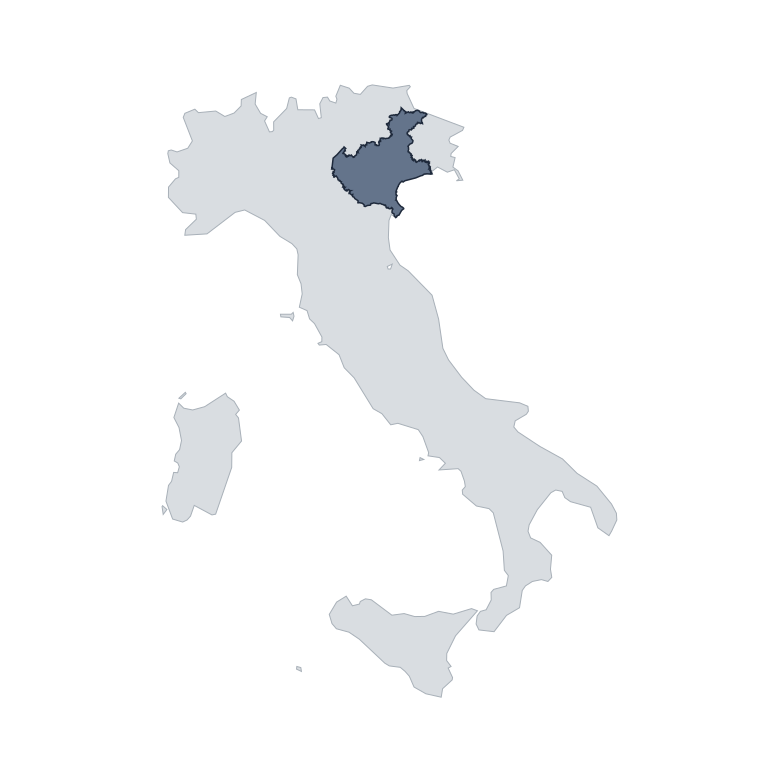 location of Veneto, Treviso, Italy, rotated 10°
{"feature_id": "23120603B96721879872173", "entity_name": "Veneto", "entity_type": "district", "adm_level": 2, "iso_a3": "ITA", "parent_name": "Italy", "parent_adm1": "Treviso", "projection": "orthographic", "projection_center": [12.018, 45.736], "detail": "fine", "context": "in_parent", "style": "filled", "palette": "slate", "viewbox_px": 768, "rotation_deg": 10, "n_neighbors": 0, "source": "geoboundaries", "source_scale": "gbopen_adm2", "svg_char_len": 9831}
<svg xmlns="http://www.w3.org/2000/svg" viewBox="0 0 768 768"><g transform="rotate(10 384 384)"><path d="M150.0,146.2L154.1,149.0L170.9,144.4L180.8,148.2L189.3,143.2L195.0,135.0L194.1,128.6L207.6,119.1L208.5,130.7L215.5,138.9L222.6,141.1L220.7,145.7L227.4,155.6L230.3,154.8L231.3,153.1L229.8,145.0L240.3,129.6L241.1,118.7L242.9,117.6L247.8,118.5L251.5,128.9L268.0,126.1L273.4,134.0L276.0,132.6L272.1,119.2L274.2,112.5L278.5,111.3L281.5,114.7L287.8,115.7L288.2,111.7L286.6,109.0L289.1,97.4L298.4,98.7L303.9,102.9L310.4,102.9L316.1,93.7L320.5,91.5L341.5,91.0L357.0,85.5L358.3,86.7L355.5,91.1L356.4,94.0L365.7,107.4L418.1,117.3L417.3,120.6L406.3,129.3L405.5,132.5L407.3,135.4L415.8,137.2L410.1,145.3L410.2,148.3L414.7,148.7L414.2,158.4L419.9,161.2L426.2,169.6L420.0,171.3L422.5,168.9L416.1,160.8L409.6,164.4L399.0,161.0L392.0,168.9L367.9,178.9L372.0,174.4L370.2,174.4L361.4,180.2L359.5,192.1L366.4,203.7L371.7,207.8L369.3,215.0L366.1,217.7L361.7,215.8L360.5,222.1L362.9,239.1L366.7,251.0L379.1,264.2L388.1,268.3L415.9,288.2L426.5,310.6L435.8,338.7L443.4,349.1L459.2,363.8L473.5,374.4L486.7,380.8L520.9,379.0L529.6,381.0L530.9,385.7L529.5,389.0L519.6,397.5L519.3,403.8L524.3,408.0L548.3,418.4L572.8,426.8L589.7,438.5L611.4,447.6L628.9,462.7L635.3,470.9L636.9,477.5L633.7,489.4L631.9,494.3L619.6,488.5L608.9,469.5L588.1,467.5L581.8,464.5L578.1,458.8L571.5,458.6L567.2,462.1L556.8,481.2L551.4,497.5L551.4,504.0L555.1,510.1L565.3,512.9L578.9,523.5L580.1,537.5L582.8,545.3L579.7,550.0L573.0,549.3L564.4,552.7L558.4,558.2L556.0,563.3L556.3,580.8L544.8,590.6L535.4,608.8L520.2,609.7L516.4,604.4L516.0,596.3L518.4,591.2L523.8,588.6L527.1,578.1L525.6,570.7L527.7,567.2L539.6,561.6L539.7,551.1L534.9,546.6L530.3,527.8L514.0,491.9L509.1,488.5L496.2,488.1L480.6,478.9L479.5,474.9L481.9,470.9L480.1,465.7L475.0,456.6L471.7,454.5L453.1,459.1L458.2,451.4L451.4,446.8L439.8,447.1L439.9,443.8L431.4,429.0L425.7,423.0L404.5,420.3L397.7,423.0L387.1,413.6L377.6,410.2L353.5,383.1L342.0,374.9L334.7,363.0L320.2,355.1L313.5,356.9L311.9,355.4L315.4,353.1L314.7,348.5L305.1,336.6L299.4,332.8L295.5,325.1L287.3,323.1L287.8,309.5L284.9,299.7L279.7,291.4L277.0,271.7L274.7,266.1L269.0,261.8L255.9,256.7L238.0,243.6L216.6,236.8L207.6,240.8L183.6,266.9L162.0,272.1L161.8,266.4L170.6,254.3L169.2,249.4L155.9,250.2L139.3,237.7L137.6,227.5L143.0,218.2L146.0,216.1L144.9,209.6L134.8,203.5L131.1,194.7L131.1,191.8L133.8,190.5L139.9,191.4L149.8,185.9L153.1,177.9L140.0,156.3L140.9,152.0L150.0,146.2ZM370.5,269.6L371.3,264.5L366.8,267.7L368.1,270.1L370.5,269.6ZM515.4,591.1L498.2,619.5L492.6,638.5L493.7,645.5L499.1,650.5L496.5,652.6L502.5,661.2L502.5,663.6L494.6,673.9L494.7,682.5L479.0,681.8L466.2,677.2L459.7,667.4L454.6,663.3L449.2,660.2L438.2,660.7L433.3,658.8L404.0,639.6L392.6,634.5L379.6,633.3L374.4,629.0L370.1,620.4L375.2,607.0L383.6,599.5L391.4,607.9L398.0,605.0L398.4,602.3L403.0,598.8L409.0,598.7L431.9,610.3L443.7,606.6L454.6,607.7L464.5,605.8L477.2,598.4L492.2,598.6L509.2,590.0L515.4,591.1ZM246.6,442.7L253.6,464.9L246.1,478.1L248.5,492.6L240.8,541.4L237.3,542.8L218.2,536.5L216.4,547.7L213.7,552.1L209.7,554.9L199.3,553.7L189.6,537.2L189.4,521.3L191.7,516.7L192.2,507.6L196.2,507.2L196.8,501.0L194.6,497.6L190.8,496.2L191.1,489.3L194.1,484.1L194.4,474.8L189.7,462.5L182.9,453.5L185.1,438.5L191.0,442.6L200.1,442.8L211.3,437.5L229.6,420.5L231.9,423.7L239.3,427.0L246.1,434.8L243.2,439.7L246.6,442.7ZM282.1,329.3L283.6,332.9L283.0,337.7L279.5,334.9L270.8,335.8L269.9,333.3L280.6,331.4L282.1,329.3ZM192.0,545.3L189.2,550.8L186.7,543.2L187.1,542.3L192.0,545.3ZM190.8,427.9L186.5,433.9L184.5,433.6L189.8,426.7L190.8,427.9ZM352.6,681.4L347.4,680.0L347.2,677.3L351.3,677.7L352.6,681.4ZM436.3,451.4L432.2,453.3L432.3,450.2L436.3,451.4Z" fill="#d9dde1" stroke="#a8b0b8" stroke-width="1"/><path d="M326.8,208.3L326.7,209.6L326.9,210.1L328.5,209.7L331.3,209.8L333.3,211.0L333.6,212.3L334.6,212.5L336.8,211.0L339.4,210.3L339.8,209.8L339.6,209.0L339.9,208.5L341.4,208.1L342.4,207.4L347.2,207.5L348.8,206.8L350.9,207.4L352.2,207.4L352.8,207.8L353.5,207.6L353.8,208.0L354.3,207.7L354.4,208.2L355.1,208.5L355.5,209.9L356.1,210.2L356.8,210.1L356.8,209.7L357.3,209.4L358.0,210.3L359.5,210.5L360.1,209.8L360.7,209.8L360.8,209.4L361.0,209.7L361.6,209.3L362.4,210.2L361.9,211.3L362.0,213.4L362.4,214.1L364.3,214.7L364.9,216.7L366.7,218.1L367.4,217.3L367.6,216.8L367.3,216.5L367.9,215.8L369.4,215.1L371.2,210.0L373.0,208.0L372.8,207.5L371.4,206.6L370.2,206.4L368.5,205.2L366.5,203.5L365.2,201.9L365.3,201.6L365.2,201.9L364.3,200.9L363.7,200.8L364.0,200.3L363.6,198.4L364.0,196.5L363.8,196.6L363.3,195.4L363.0,195.5L362.5,193.4L362.6,192.8L363.1,192.8L363.1,192.5L362.4,192.4L362.4,191.9L363.4,187.2L363.6,186.8L364.3,186.7L363.7,186.5L363.8,185.6L364.9,183.1L366.5,181.1L367.7,181.8L369.3,180.2L379.5,175.5L384.2,172.5L385.5,172.0L387.1,170.3L389.8,169.5L393.8,169.2L394.9,168.7L394.4,168.1L394.0,168.1L394.1,167.7L393.3,167.7L393.5,166.8L392.5,166.1L392.9,165.6L392.2,165.3L392.6,165.1L392.3,164.8L392.3,164.0L391.9,163.7L391.9,163.2L391.1,163.8L391.4,162.9L390.8,162.5L390.9,162.1L390.7,161.8L391.2,161.6L390.0,160.8L390.1,160.4L389.6,160.0L390.3,159.6L389.9,159.7L389.6,159.1L389.8,158.7L390.2,159.0L390.4,158.6L389.6,158.3L390.0,158.0L389.6,158.1L389.5,157.8L389.8,157.5L389.3,157.4L389.1,156.8L388.7,157.0L388.7,157.8L389.0,158.2L388.6,158.3L387.8,158.5L387.4,157.7L387.2,158.1L386.9,157.8L386.4,158.4L385.7,158.1L385.4,157.6L385.7,157.0L385.6,156.6L385.4,156.9L385.0,156.6L384.1,156.8L384.1,157.2L383.3,157.6L383.4,158.2L382.9,158.4L382.5,157.7L382.8,157.0L381.8,156.4L380.3,158.1L379.8,157.4L378.5,159.1L377.3,160.1L376.5,159.5L376.7,159.1L376.4,158.9L376.4,158.5L376.0,158.6L375.8,157.9L375.2,157.9L374.8,157.4L374.3,157.9L374.4,158.3L374.3,158.8L373.1,157.8L373.0,158.2L372.7,157.9L372.8,157.6L372.5,157.4L372.9,156.9L372.5,156.8L372.4,156.1L371.7,156.0L372.0,155.7L371.6,155.1L371.8,154.7L371.3,154.7L370.7,154.0L371.4,153.7L370.8,153.3L370.7,152.6L368.9,151.9L369.0,151.5L368.6,151.2L367.5,151.2L367.3,150.7L367.5,148.3L367.1,147.6L367.0,146.5L366.3,145.7L367.9,143.2L369.8,142.0L370.3,140.6L370.2,139.2L368.2,137.7L368.0,136.6L368.2,136.1L366.6,136.1L366.4,135.9L366.7,135.3L366.4,134.8L365.4,135.2L364.5,134.7L364.5,134.4L363.8,134.2L363.6,133.4L363.3,133.4L363.2,132.5L363.5,131.7L364.6,131.1L364.4,129.6L365.5,128.9L366.7,129.1L367.2,128.3L367.0,127.6L367.4,127.7L368.5,127.0L368.4,126.6L368.8,126.7L368.5,125.4L369.1,125.5L370.2,124.2L370.0,123.5L370.5,122.5L371.4,122.1L371.5,121.1L371.9,121.6L373.0,120.4L374.5,121.2L375.1,120.5L376.7,120.9L376.4,120.0L375.4,119.0L375.0,116.7L375.7,114.9L375.9,114.7L376.4,115.0L377.7,113.3L378.5,113.2L378.4,112.1L379.4,111.3L378.8,110.5L377.2,110.0L375.8,110.3L375.4,109.8L374.9,109.8L372.8,110.4L370.8,108.8L369.3,108.7L367.6,109.4L366.4,110.9L365.4,110.9L365.4,111.2L365.8,111.8L365.6,112.0L364.6,112.2L363.8,111.5L362.9,111.6L362.9,112.0L362.5,112.3L361.6,112.3L360.7,111.7L358.0,113.7L358.1,112.1L357.6,112.2L356.8,111.3L356.1,111.4L355.8,110.9L353.0,109.0L353.1,109.9L353.0,110.3L353.3,110.9L352.9,112.1L352.1,113.0L352.3,113.4L352.2,114.3L350.2,117.3L349.8,116.6L349.0,116.6L348.3,116.9L348.1,117.5L346.8,117.3L345.9,117.8L344.4,118.1L343.0,119.2L342.8,120.0L343.0,120.5L345.4,120.8L345.8,121.2L345.9,122.5L345.2,123.0L344.3,123.0L343.9,124.1L344.1,124.4L343.6,125.7L343.8,127.0L343.1,126.3L342.9,126.8L342.0,126.8L341.3,127.4L341.5,127.9L342.4,128.3L342.4,128.8L343.6,129.3L343.6,130.0L344.0,130.4L343.4,131.6L343.8,132.5L345.7,132.0L345.7,133.0L346.0,133.5L346.5,133.3L347.5,133.7L346.7,135.1L347.3,135.6L347.9,136.6L348.8,136.6L348.8,137.3L348.3,137.6L348.3,138.3L347.4,138.0L347.0,139.1L347.2,139.5L346.4,140.2L346.5,140.3L346.0,141.1L343.1,141.9L342.8,142.2L341.2,141.9L340.6,142.6L340.3,142.0L339.9,142.0L338.9,142.2L338.4,142.9L337.7,142.7L337.7,144.3L338.4,144.9L338.5,145.5L337.4,145.4L336.9,145.9L337.5,146.5L336.9,147.1L337.8,148.8L337.6,149.1L337.7,149.9L337.1,150.2L335.3,150.4L335.4,149.9L335.0,149.7L334.7,150.0L334.1,149.7L333.7,149.9L333.3,147.7L331.8,147.3L330.2,147.4L329.7,147.6L329.5,148.2L328.9,148.2L328.0,149.2L325.1,149.0L325.4,151.4L324.5,151.3L324.4,152.4L323.9,152.6L324.1,153.3L322.9,152.7L322.6,152.1L322.3,152.3L322.1,151.6L322.3,152.7L320.4,152.6L320.6,152.8L320.5,153.5L320.0,153.8L320.3,154.7L319.9,154.6L319.5,155.0L319.8,155.1L319.6,156.3L318.9,156.7L318.8,157.7L318.1,158.0L317.6,158.8L317.6,159.4L318.0,159.6L317.7,159.9L318.2,160.5L316.9,160.3L317.2,161.5L317.0,162.5L317.1,163.2L315.8,164.3L315.5,164.8L315.5,165.5L314.8,165.9L314.8,165.6L314.5,165.5L313.7,165.7L312.1,164.2L311.5,164.9L310.5,164.9L310.5,164.1L310.2,164.7L309.6,164.8L309.8,165.3L309.4,165.8L308.6,166.4L308.7,165.1L308.3,166.1L307.8,166.1L307.6,166.7L307.3,166.8L306.3,165.9L306.9,165.3L306.5,165.0L305.1,164.2L303.6,164.1L303.8,163.1L304.3,162.7L304.5,161.5L304.9,161.5L304.9,161.0L305.3,160.9L304.8,160.1L305.0,159.2L305.4,158.7L303.5,157.5L303.2,158.5L302.2,159.5L297.9,166.4L294.7,170.4L295.2,179.3L295.4,179.6L294.4,180.1L295.4,180.1L295.2,180.6L295.5,180.8L295.2,181.4L295.6,181.5L296.0,180.8L298.1,181.5L298.1,182.7L297.7,183.5L297.3,183.6L298.0,184.3L297.5,184.9L296.8,185.1L296.8,185.8L298.0,186.3L297.6,187.3L298.6,187.4L298.5,188.8L298.9,189.0L300.7,187.4L302.6,189.2L303.3,190.9L304.6,191.1L304.6,191.5L305.4,191.4L305.5,192.0L306.9,192.3L306.7,192.7L306.8,193.4L307.3,193.9L308.8,194.2L309.4,195.0L309.1,195.2L309.4,195.4L309.4,196.2L309.2,197.1L309.7,196.9L309.9,197.2L310.6,196.6L310.8,197.2L311.5,197.1L311.2,197.5L311.2,198.0L310.6,198.7L312.4,200.1L313.4,200.3L313.3,199.7L313.6,199.3L314.6,199.9L315.1,198.7L315.4,198.6L317.1,199.5L317.7,199.4L316.7,200.2L316.6,200.8L317.1,201.0L316.5,201.6L316.5,202.5L317.6,202.4L319.2,203.4L320.3,202.7L320.4,203.3L320.1,204.0L320.6,204.9L322.0,205.2L323.1,206.5L326.4,207.9L326.8,208.3Z" fill="#64748b" stroke="#1e293b" stroke-width="1.5"/></g></svg>